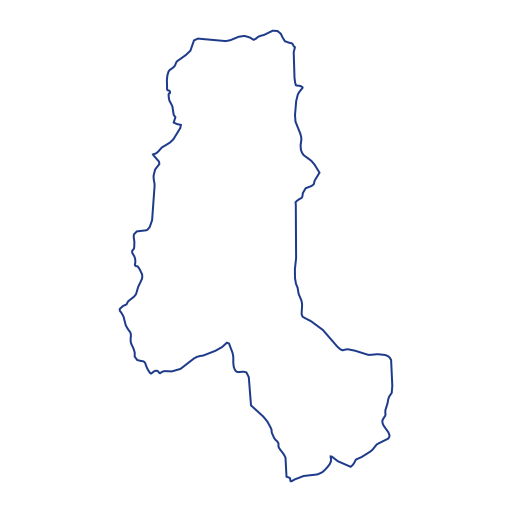 Takhar, Robinson projection
{"feature_id": "AFG-1765", "entity_name": "Takhar", "entity_type": "Province", "adm_level": 1, "iso_a3": "AFG", "parent_name": "Afghanistan", "parent_adm1": "", "projection": "robinson", "projection_center": [69.729, 36.705], "detail": "fine", "context": "isolated", "style": "outline", "palette": "blue", "viewbox_px": 512, "rotation_deg": 0, "n_neighbors": 0, "source": "natural_earth", "source_scale": "10m", "svg_char_len": 3967}
<svg xmlns="http://www.w3.org/2000/svg" viewBox="0 0 512 512"><path d="M272.7,30.7L277.5,31.0L280.8,33.8L282.7,37.7L284.9,41.2L289.3,42.8L291.9,43.3L292.9,44.5L293.7,46.2L294.9,47.2L294.9,47.4L293.7,52.2L294.5,77.8L295.1,82.6L295.9,85.2L297.0,85.6L298.8,85.7L300.6,86.1L302.3,87.0L302.6,87.7L302.2,88.5L301.1,89.6L298.8,92.7L297.8,94.6L296.2,101.0L295.0,115.1L295.5,121.7L300.3,133.6L301.1,136.7L301.4,139.4L300.6,145.0L300.9,149.9L302.1,152.9L303.7,155.2L311.3,160.8L314.6,164.7L319.5,172.7L314.7,180.5L313.8,184.1L312.9,185.0L311.3,186.1L305.7,188.2L302.8,193.1L302.7,194.5L302.3,196.7L301.8,197.7L300.6,198.5L299.0,199.3L296.4,201.3L295.5,202.4L295.8,204.3L296.1,258.2L294.9,269.1L295.0,278.1L296.0,283.9L297.6,287.7L298.6,293.8L301.3,300.2L301.9,302.7L302.1,305.1L301.6,313.9L302.2,315.9L303.1,317.1L311.3,321.4L322.9,330.0L337.2,346.5L340.2,349.2L342.5,350.3L346.7,349.3L348.2,349.3L355.0,350.7L368.4,354.9L369.8,354.9L377.5,354.2L384.6,354.9L386.9,355.6L388.6,356.6L389.5,357.4L391.1,359.9L392.3,385.9L391.7,392.9L389.3,396.4L388.8,397.6L388.3,399.1L387.5,403.3L385.4,410.2L385.3,412.3L385.5,414.6L385.2,415.8L383.5,418.3L382.4,420.5L382.4,422.4L383.0,424.4L384.0,426.2L388.3,432.2L389.5,435.2L389.2,437.1L388.2,438.6L377.8,443.8L376.5,444.7L372.7,449.5L370.4,451.5L361.5,457.1L356.9,459.1L356.1,459.5L355.5,460.3L354.2,462.9L353.3,464.2L352.6,465.1L350.6,466.8L337.8,461.2L332.0,456.7L330.7,456.4L330.6,457.2L331.1,459.1L330.9,461.3L329.7,464.2L327.6,466.9L324.9,469.9L322.3,472.2L317.6,474.4L303.6,476.0L295.0,479.3L291.6,481.2L290.8,481.3L290.4,480.8L290.2,479.1L290.1,478.4L289.7,478.0L289.1,477.6L286.5,476.7L285.5,457.7L284.5,455.6L283.0,453.2L280.0,449.4L278.8,447.5L278.4,445.7L278.5,443.9L278.4,443.5L278.2,442.8L277.7,442.0L276.9,441.1L275.4,439.7L274.2,438.1L272.1,433.5L271.7,432.2L271.6,431.5L271.6,430.2L271.4,429.4L271.0,428.3L267.4,421.6L263.2,416.5L251.0,405.4L248.8,377.2L246.4,372.4L243.6,371.7L238.4,372.1L237.7,372.0L237.0,371.8L236.1,371.3L235.3,370.4L234.5,368.9L233.7,366.6L233.3,362.9L233.3,357.9L233.1,355.4L232.4,352.5L229.0,343.5L226.9,342.7L222.0,347.1L215.4,350.8L203.1,355.6L199.9,356.0L196.6,357.0L193.8,358.6L180.5,368.9L171.8,371.4L164.6,371.1L162.9,371.5L161.5,372.2L160.7,372.8L160.0,373.2L159.6,373.1L159.0,372.6L158.1,371.4L157.1,370.8L155.4,370.8L154.4,371.2L153.3,371.9L151.7,373.2L151.0,373.6L150.3,373.2L149.3,372.0L147.4,368.8L146.4,366.5L145.2,363.1L144.4,362.0L143.2,361.3L140.6,360.9L137.2,360.0L134.7,356.6L134.7,352.6L134.2,350.7L133.3,348.1L131.5,344.4L130.7,341.9L130.6,338.6L130.9,336.1L130.8,333.9L130.1,332.0L128.3,329.7L125.8,325.5L123.5,316.5L121.5,313.0L119.8,310.7L119.7,309.7L119.9,308.8L123.1,305.9L125.5,304.9L126.4,304.4L126.9,303.8L127.2,303.2L127.4,302.6L127.8,301.9L128.3,301.2L134.1,296.6L135.0,295.5L135.9,294.3L136.5,292.6L138.1,287.1L142.0,278.8L142.3,276.7L142.1,274.4L139.7,269.4L138.4,267.3L137.9,266.7L137.3,266.3L136.9,266.2L135.9,266.1L135.2,265.6L134.9,264.7L135.3,262.5L135.3,260.7L135.1,258.7L134.3,256.3L132.4,253.2L132.3,252.8L132.1,251.7L132.2,251.0L132.5,250.4L133.9,248.8L134.2,247.2L134.4,242.0L133.7,236.9L133.8,235.2L134.0,234.3L136.8,231.4L146.2,230.3L146.7,230.1L147.5,229.7L149.7,227.1L152.1,220.2L154.6,185.6L154.5,183.6L153.9,180.3L153.6,177.9L153.6,175.6L155.0,169.9L155.5,169.0L159.3,164.1L159.2,162.6L158.9,161.5L153.4,155.2L153.0,154.4L153.7,154.2L156.2,153.3L158.4,151.4L161.7,147.6L169.9,142.6L173.3,139.4L180.3,128.0L180.9,124.9L177.2,124.1L173.7,122.6L175.4,117.2L173.7,114.9L172.4,106.4L170.6,102.8L169.6,101.1L169.0,99.0L168.7,96.6L168.6,94.4L168.9,93.6L169.4,93.5L169.9,93.1L170.0,91.8L169.4,90.7L167.5,90.2L167.1,89.3L166.9,79.9L167.4,75.3L168.6,71.4L169.7,70.0L172.6,68.0L174.2,66.6L175.0,65.4L176.2,62.5L177.0,61.3L186.0,54.9L190.4,50.7L194.0,40.4L198.0,38.6L225.8,41.1L230.3,40.2L238.9,36.7L244.0,36.0L245.6,36.2L250.1,37.6L251.6,38.6L253.7,39.8L255.9,38.7L258.0,36.9L260.0,36.0L264.1,34.9L272.7,30.7Z" fill="none" stroke="#1e3a8a" stroke-width="2"/></svg>